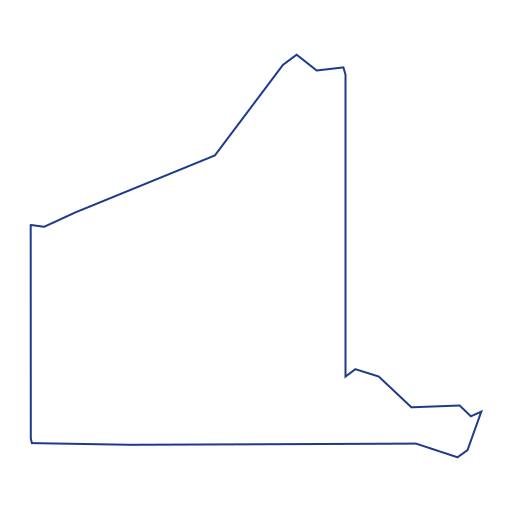 Gregg, Texas, United States of America
{"feature_id": "52423323B83112121815500", "entity_name": "Gregg", "entity_type": "district", "adm_level": 2, "iso_a3": "USA", "parent_name": "United States of America", "parent_adm1": "Texas", "projection": "albers", "projection_center": [-94.76, 32.514], "detail": "fine", "context": "isolated", "style": "outline", "palette": "blue", "viewbox_px": 512, "rotation_deg": 0, "n_neighbors": 0, "source": "geoboundaries", "source_scale": "gbopen_adm2", "svg_char_len": 403}
<svg xmlns="http://www.w3.org/2000/svg" viewBox="0 0 512 512"><path d="M345.5,74.7L343.4,67.4L316.7,70.5L296.6,54.7L283.0,64.8L214.9,155.4L75.8,212.2L44.1,226.8L31.1,225.0L30.7,225.1L30.8,438.6L31.9,443.1L130.8,444.8L415.9,443.6L457.5,457.3L467.5,450.1L481.3,411.6L470.9,416.3L459.6,405.5L411.4,407.3L378.7,376.5L355.3,369.2L345.5,376.6L345.5,74.7Z" fill="none" stroke="#1e3a8a" stroke-width="2"/></svg>